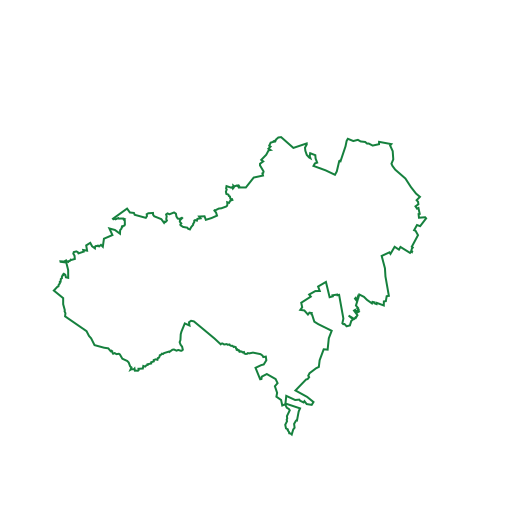 San Luis de la Paz, Guanajuato, Mexico, rotated 221°
{"feature_id": "50627088B5782289806416", "entity_name": "San Luis de la Paz", "entity_type": "district", "adm_level": 2, "iso_a3": "MEX", "parent_name": "Mexico", "parent_adm1": "Guanajuato", "projection": "albers", "projection_center": [-100.461, 21.381], "detail": "fine", "context": "isolated", "style": "outline", "palette": "green", "viewbox_px": 512, "rotation_deg": 221, "n_neighbors": 0, "source": "geoboundaries", "source_scale": "gbopen_adm2", "svg_char_len": 6128}
<svg xmlns="http://www.w3.org/2000/svg" viewBox="0 0 512 512"><g transform="rotate(221 256 256)"><path d="M319.3,351.2L318.4,347.9L316.8,348.1L317.0,345.2L314.6,345.5L315.8,344.0L314.7,339.1L315.1,332.0L312.6,332.1L313.5,328.3L312.4,327.0L305.8,324.8L305.1,323.5L305.4,322.6L303.5,321.3L309.2,313.7L308.6,301.1L313.7,296.6L314.3,297.6L315.5,297.9L315.9,297.5L315.6,296.6L316.9,296.4L317.9,294.4L319.2,294.3L317.7,293.1L317.7,291.8L319.1,292.6L319.5,291.3L324.1,289.4L322.9,287.4L321.7,286.9L320.9,284.8L319.1,283.4L317.1,284.2L315.8,283.5L314.7,283.8L313.0,282.5L312.1,282.5L311.5,283.2L310.6,282.8L311.7,280.9L311.2,278.4L313.0,277.7L311.3,276.0L310.8,274.8L311.0,273.7L313.5,269.2L315.2,267.4L316.8,263.5L318.0,263.1L314.7,262.6L311.9,260.9L314.5,255.4L317.6,250.4L320.9,252.2L324.8,248.5L322.6,248.0L324.6,245.6L323.8,243.9L325.5,243.2L325.8,242.2L324.7,240.8L324.6,239.2L323.9,238.3L323.9,235.4L323.3,232.7L325.1,232.0L326.4,232.3L330.1,230.1L333.1,229.7L333.8,230.2L333.8,231.6L336.0,231.9L336.8,233.0L336.6,236.2L337.0,236.2L338.1,233.8L339.6,232.9L342.0,233.6L344.2,235.4L346.4,235.1L348.7,230.7L350.7,230.1L351.1,228.4L349.4,227.3L348.0,225.0L346.5,224.3L346.6,222.3L347.3,222.1L347.1,220.7L351.6,221.7L358.9,219.2L360.7,219.6L362.0,220.9L365.3,217.6L365.9,215.8L364.5,214.6L364.2,212.5L374.6,207.5L376.4,208.4L379.7,206.1L384.4,207.2L388.4,190.3L387.8,190.2L387.5,191.1L386.1,191.5L384.8,194.3L384.1,194.2L380.8,197.2L380.2,197.4L380.4,197.0L379.5,196.6L378.6,197.0L375.5,193.6L375.3,192.6L376.2,191.1L376.0,190.5L376.5,190.3L375.5,188.4L375.5,186.4L373.3,183.6L379.5,183.1L384.7,180.6L378.1,177.6L382.1,169.3L377.7,162.5L380.3,162.7L380.7,160.3L382.1,160.2L382.4,159.2L383.3,158.7L383.6,157.6L382.6,156.1L386.1,155.8L389.7,157.2L391.1,152.6L387.0,149.2L390.3,147.2L388.9,146.3L391.7,141.5L393.0,142.0L394.6,141.6L396.1,139.4L395.4,137.9L393.2,137.2L390.8,134.9L392.8,131.8L393.4,131.7L393.3,129.9L394.2,129.0L393.9,128.3L395.4,127.7L396.4,128.1L397.3,125.8L400.1,123.7L399.7,123.4L394.9,126.6L388.6,122.2L383.4,116.3L385.5,115.2L387.6,116.7L389.4,116.5L389.5,115.7L388.9,115.0L389.3,114.5L388.9,113.0L387.9,111.9L388.2,110.6L386.6,108.4L387.1,107.8L386.0,106.5L386.1,105.0L385.2,103.5L385.7,102.4L385.9,97.3L373.9,97.7L369.9,93.1L364.8,89.7L364.2,88.7L362.3,87.8L360.5,85.2L334.6,88.1L329.6,86.1L326.4,85.7L319.4,82.8L310.5,87.1L306.9,89.4L303.2,88.8L303.0,89.7L302.0,89.8L301.3,89.0L299.7,88.5L299.0,90.0L296.9,90.4L295.4,92.2L294.2,92.4L289.5,90.8L284.3,92.3L282.2,92.1L278.5,90.1L276.9,90.2L276.1,87.8L275.7,88.9L273.8,90.4L273.8,91.3L272.2,90.0L269.8,92.0L269.7,92.9L270.7,93.8L267.6,96.8L268.9,99.1L267.1,99.8L267.0,101.6L266.3,102.8L266.8,103.2L264.6,106.1L265.4,107.0L264.0,109.4L264.9,110.4L263.9,112.2L262.3,113.0L263.1,114.5L262.6,115.3L262.8,116.8L263.5,118.0L262.9,119.1L262.9,120.6L261.9,121.0L261.7,122.4L258.9,126.9L258.4,126.8L257.6,130.4L256.6,131.6L253.9,132.4L253.0,134.1L250.3,135.3L249.7,136.6L249.8,137.3L252.3,139.1L254.8,139.6L257.1,140.9L257.9,143.0L261.5,147.6L262.7,150.1L265.5,158.4L260.6,159.9L263.1,162.0L262.5,164.5L260.0,165.9L233.2,166.5L224.7,166.2L224.6,167.2L223.9,168.0L222.0,168.3L220.3,170.3L219.2,170.4L218.0,171.8L217.5,171.5L215.8,171.9L214.8,172.8L213.1,172.7L212.7,173.5L211.4,173.9L210.3,173.0L209.2,173.3L208.8,172.6L207.4,173.6L206.9,173.1L206.1,173.6L205.5,173.0L204.2,174.5L202.9,174.4L202.1,175.6L200.9,174.8L199.7,175.2L198.6,176.2L198.5,177.3L197.2,178.1L194.9,181.1L188.2,184.9L185.7,185.1L184.2,184.5L182.6,186.5L179.8,184.1L179.0,179.2L180.4,177.2L183.0,171.3L172.0,165.7L171.2,166.7L172.5,168.7L170.4,174.0L160.5,176.0L156.3,174.2L156.3,170.1L150.3,166.6L148.3,163.2L142.6,163.8L138.1,160.4L137.1,162.5L135.8,162.8L133.3,161.7L130.8,162.1L129.3,161.7L127.6,155.4L125.9,153.9L125.4,152.5L124.2,151.7L123.2,147.8L120.3,145.6L118.2,146.0L117.7,145.3L115.6,144.8L114.6,144.0L113.5,144.7L111.9,144.7L114.1,149.5L114.2,151.7L117.1,154.3L117.7,157.5L117.7,158.6L117.2,158.8L121.8,166.7L122.8,169.9L137.0,164.0L141.4,170.3L132.0,173.0L129.1,176.0L127.8,175.7L124.0,176.7L124.2,178.2L120.6,177.5L116.3,180.2L116.8,183.5L125.0,183.2L138.0,180.4L137.2,195.6L136.3,197.0L136.4,199.4L138.0,199.9L138.7,202.7L137.0,210.7L135.8,213.5L139.6,219.1L143.7,230.0L140.5,232.3L147.1,241.7L149.8,249.2L164.4,245.4L168.9,244.7L175.0,248.4L175.9,248.4L176.5,249.5L178.5,248.3L178.4,245.9L183.8,246.6L187.2,244.4L187.5,247.6L191.2,250.4L188.0,261.3L190.6,261.8L188.2,268.5L184.9,271.4L189.1,273.7L186.2,282.3L173.4,273.2L171.6,275.9L172.5,276.5L169.4,280.2L168.8,279.8L167.8,281.2L149.0,266.1L146.7,261.9L145.4,261.8L144.6,262.7L141.5,262.4L139.6,265.2L141.5,269.5L141.1,271.9L147.0,271.8L140.6,272.9L140.6,275.0L140.1,274.9L140.6,277.9L146.2,279.1L145.8,280.5L142.5,279.8L141.9,281.5L143.4,281.7L143.1,282.7L145.1,283.0L144.9,283.7L148.1,284.2L149.8,288.1L153.3,288.8L153.3,289.8L150.3,289.2L151.4,291.6L152.3,291.8L152.6,292.6L151.7,292.4L152.8,294.7L147.7,296.0L143.5,295.7L137.4,296.3L138.0,297.8L136.1,298.8L135.6,298.0L133.4,298.8L134.0,299.9L127.1,302.5L129.7,305.6L128.4,307.1L131.0,311.4L129.6,313.1L144.9,325.5L150.6,331.3L161.2,338.5L157.7,346.3L155.9,345.8L157.4,353.9L152.3,354.6L152.9,357.6L141.8,359.4L141.9,361.3L140.9,361.3L141.1,361.9L142.3,361.9L143.2,363.9L143.2,365.2L144.5,365.2L147.4,378.0L152.1,379.7L153.6,379.2L154.8,385.0L151.7,386.2L152.3,396.0L153.8,396.2L158.1,391.8L160.8,394.3L160.1,395.2L164.9,398.8L165.5,397.4L168.2,398.1L167.4,401.6L169.2,403.2L171.4,403.5L171.1,408.2L176.2,408.1L184.4,409.7L194.1,412.5L207.6,412.5L212.1,413.5L214.3,414.5L215.8,419.0L221.6,424.8L227.3,427.4L227.3,429.2L238.0,422.9L236.5,421.1L240.4,415.9L244.8,414.8L245.9,413.7L248.4,413.7L252.2,411.1L255.3,410.5L258.0,406.6L263.6,404.7L263.1,402.3L260.4,397.5L254.4,383.0L255.3,382.9L255.5,382.3L250.5,372.8L249.7,369.1L259.7,366.3L271.7,361.7L272.3,364.5L271.1,366.6L274.9,368.6L277.4,371.0L282.5,369.1L280.9,366.5L279.1,365.5L280.6,365.2L284.0,365.6L287.8,367.8L290.1,369.9L290.9,373.5L291.6,374.2L298.7,362.1L315.0,362.2L316.9,360.1L317.3,357.1L316.6,355.0L317.1,354.4L317.7,354.8L317.9,354.4L317.4,354.1L319.3,351.2Z" fill="none" stroke="#15803d" stroke-width="2"/></g></svg>